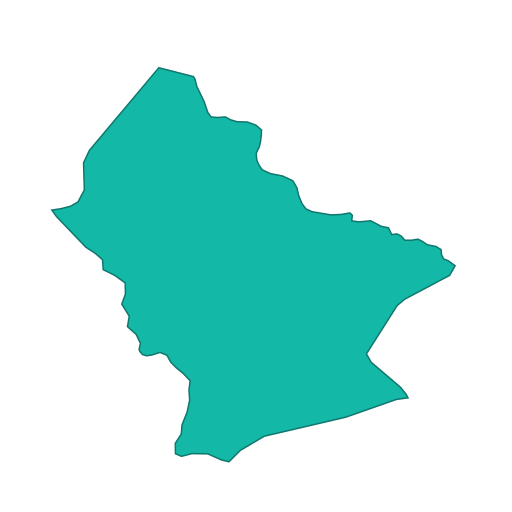 outline of Komondjari, rotated 262°
{"feature_id": "BFA-2875", "entity_name": "Komondjari", "entity_type": "Province", "adm_level": 1, "iso_a3": "BFA", "parent_name": "Burkina Faso", "parent_adm1": "", "projection": "equal_earth", "projection_center": [0.776, 12.701], "detail": "fine", "context": "isolated", "style": "filled", "palette": "teal", "viewbox_px": 512, "rotation_deg": 262, "n_neighbors": 0, "source": "natural_earth", "source_scale": "10m", "svg_char_len": 1513}
<svg xmlns="http://www.w3.org/2000/svg" viewBox="0 0 512 512"><g transform="rotate(262 256 256)"><path d="M329.9,60.2L330.0,69.6L331.1,79.2L334.4,87.3L345.3,95.2L372.3,98.2L383.8,105.7L405.3,129.6L427.9,154.8L456.0,186.0L455.9,186.1L442.4,218.9L439.8,220.2L432.1,221.0L416.6,226.0L404.6,228.3L399.9,231.0L398.5,237.4L398.0,245.0L394.5,249.6L391.5,256.2L390.0,265.8L385.6,274.1L380.0,279.0L374.4,278.0L371.5,277.1L369.3,276.6L363.9,274.6L357.6,270.5L350.9,270.1L345.2,271.8L340.5,274.1L335.6,281.8L331.5,293.5L325.3,303.0L317.9,306.0L309.8,306.7L301.3,308.9L295.6,312.1L292.1,317.6L286.3,335.9L285.3,346.0L285.6,355.0L282.8,357.1L279.8,356.2L277.5,355.8L275.5,362.5L274.9,374.5L268.0,384.1L265.5,391.1L258.3,393.4L258.3,398.5L255.8,402.3L250.9,405.6L250.0,412.0L250.1,418.8L247.4,422.6L243.3,427.2L240.4,435.5L236.5,440.2L231.3,439.9L227.0,441.4L224.5,445.8L218.6,451.8L209.9,445.1L192.5,397.2L187.3,388.9L143.7,351.7L134.7,355.3L105.9,380.8L98.2,385.4L94.4,386.8L94.4,374.8L83.9,322.5L76.4,239.1L65.8,213.6L56.0,200.6L58.9,193.3L66.8,180.7L69.2,165.1L68.0,154.3L71.4,148.7L81.7,150.0L90.1,157.2L99.2,159.3L111.1,166.1L122.3,170.2L132.7,171.0L141.6,173.4L149.7,167.7L156.5,161.4L162.9,156.7L170.1,154.0L173.9,147.5L172.5,139.2L172.4,133.8L174.2,129.8L177.7,127.7L179.7,127.2L185.6,129.4L194.9,126.5L203.9,118.9L214.1,122.1L227.0,116.4L236.5,121.4L247.5,122.7L256.5,113.4L263.7,102.8L273.7,103.5L281.0,97.2L288.3,88.8L322.7,64.0L329.7,60.3L329.9,60.2Z" fill="#14b8a6" stroke="#0f766e" stroke-width="1.5"/></g></svg>